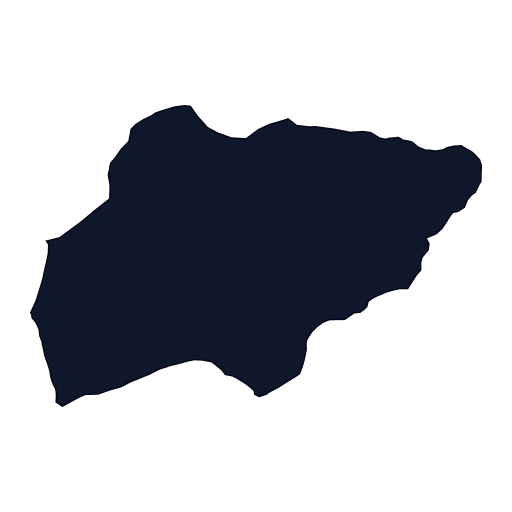 outline of Shengabjimi, Punakha, Bhutan
{"feature_id": "84629894B92148036486457", "entity_name": "Shengabjimi", "entity_type": "district", "adm_level": 2, "iso_a3": "BTN", "parent_name": "Bhutan", "parent_adm1": "Punakha", "projection": "albers", "projection_center": [89.954, 27.607], "detail": "fine", "context": "isolated", "style": "filled", "palette": "ink", "viewbox_px": 512, "rotation_deg": 0, "n_neighbors": 0, "source": "geoboundaries", "source_scale": "gbopen_adm2", "svg_char_len": 2469}
<svg xmlns="http://www.w3.org/2000/svg" viewBox="0 0 512 512"><path d="M62.4,406.2L77.2,398.0L85.0,394.4L98.2,393.9L110.4,389.6L121.2,386.6L130.5,381.7L146.1,375.4L148.5,374.5L150.0,373.7L158.9,369.2L169.6,365.6L176.4,364.0L188.0,360.8L194.3,359.6L202.0,359.9L206.4,360.7L211.5,361.6L216.0,365.0L222.0,369.9L225.3,374.4L232.4,375.8L237.1,378.2L244.7,382.8L251.6,388.1L254.4,390.9L254.8,394.3L259.3,396.5L266.4,394.1L269.4,391.8L278.5,387.1L285.7,382.4L295.5,376.4L299.3,373.8L301.5,368.5L303.8,360.9L306.1,350.1L306.0,342.2L307.0,339.0L311.5,332.0L314.0,329.4L316.4,326.9L323.0,322.1L329.5,319.6L338.0,319.4L344.5,319.4L349.0,316.3L354.0,312.8L360.2,312.1L364.2,309.1L366.8,306.4L368.0,301.4L372.4,298.2L377.3,295.7L386.7,291.8L392.6,290.1L399.7,288.5L407.6,288.5L411.0,283.2L415.4,276.2L420.6,270.0L420.6,262.6L422.0,257.3L428.1,249.8L428.9,243.7L425.9,238.0L436.3,233.6L442.0,228.3L446.4,221.7L449.4,216.9L452.5,212.5L458.2,211.2L464.3,207.2L467.3,199.8L471.3,195.0L475.2,192.3L478.7,184.9L480.9,181.3L480.9,176.5L481.3,165.4L479.5,159.8L473.4,153.3L470.4,151.1L464.7,148.0L461.2,145.8L453.8,146.2L447.7,147.6L443.3,149.8L435.9,151.1L429.3,150.2L425.4,150.2L418.0,147.1L412.3,142.3L409.7,141.4L405.3,140.6L403.1,140.3L400.1,138.4L398.3,137.5L392.7,138.1L389.5,138.3L385.6,139.3L380.0,138.3L370.6,132.6L367.2,132.2L363.5,131.6L360.0,131.8L350.0,132.4L347.7,131.9L338.3,130.1L333.6,129.2L315.6,126.8L309.0,127.0L300.3,126.0L296.5,125.5L288.1,118.9L284.7,120.1L269.5,124.5L258.4,129.7L251.4,135.0L246.1,138.9L231.2,138.0L223.2,135.1L217.4,133.0L207.1,127.4L205.3,125.2L197.5,116.5L192.1,108.9L190.2,106.3L184.3,105.8L174.5,107.1L163.2,110.5L155.8,113.0L154.1,114.1L151.5,115.9L143.3,119.8L135.7,124.7L131.2,129.4L130.3,134.6L129.0,141.3L121.4,149.2L120.0,151.2L115.2,158.0L110.8,163.1L110.0,166.2L109.9,168.8L108.6,173.1L108.5,175.8L109.6,181.5L110.0,183.9L110.2,186.4L109.8,198.8L103.5,203.8L95.3,210.2L81.2,222.0L67.6,232.0L59.7,237.8L46.5,241.1L48.7,244.1L48.5,252.8L46.8,261.5L44.9,269.4L43.0,278.6L40.6,286.8L36.3,300.6L30.7,312.8L31.5,314.0L31.9,315.3L32.3,318.1L34.0,319.8L36.3,323.0L38.1,326.9L38.9,328.5L39.5,331.3L39.8,335.5L42.3,342.1L42.3,343.7L43.6,348.9L44.8,355.1L45.7,358.0L46.6,360.3L47.3,362.3L48.5,365.8L49.9,370.6L50.4,373.3L50.6,374.7L50.9,376.5L51.4,378.7L52.0,380.8L53.0,383.2L53.4,384.4L55.2,387.6L55.7,388.8L56.1,390.9L56.3,392.5L56.5,394.8L56.4,396.9L56.3,400.6L56.1,401.9L62.4,406.2Z" fill="#0f172a" stroke="#020617" stroke-width="1.5"/></svg>